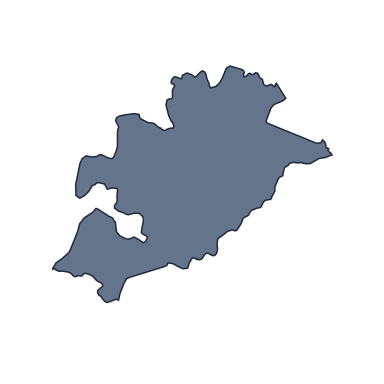 the border of Niger, rotated 293°
{"feature_id": "NGA-2851", "entity_name": "Niger", "entity_type": "State", "adm_level": 1, "iso_a3": "NGA", "parent_name": "Nigeria", "parent_adm1": "", "projection": "mercator", "projection_center": [5.482, 9.777], "detail": "fine", "context": "isolated", "style": "filled", "palette": "slate", "viewbox_px": 384, "rotation_deg": 293, "n_neighbors": 0, "source": "natural_earth", "source_scale": "10m", "svg_char_len": 4494}
<svg xmlns="http://www.w3.org/2000/svg" viewBox="0 0 384 384"><g transform="rotate(293 192 192)"><path d="M70.2,146.5L71.3,146.3L72.4,144.9L72.9,143.6L72.9,139.8L73.6,137.9L75.4,134.2L76.0,132.3L75.9,130.0L75.9,128.3L75.6,126.2L74.9,124.7L74.0,124.2L73.0,124.0L72.1,123.7L71.4,122.9L70.7,120.5L70.4,119.8L69.8,119.1L69.2,118.6L68.6,118.0L68.3,117.1L68.3,115.9L69.9,112.0L70.0,109.9L68.5,103.3L67.8,102.1L67.2,100.7L67.0,99.3L67.0,97.7L67.7,94.9L67.1,94.3L66.5,94.2L67.0,93.7L73.6,94.5L80.0,98.5L88.0,102.2L91.8,102.6L111.4,102.1L118.9,101.0L126.1,102.9L134.8,108.7L139.4,110.1L139.5,111.9L137.2,124.9L137.2,127.7L137.0,128.9L136.5,129.9L134.7,131.8L134.6,133.1L126.2,137.8L123.5,142.5L123.1,147.9L123.4,150.7L124.5,153.2L126.3,154.6L127.9,156.3L127.4,161.6L126.3,167.0L128.1,168.5L132.9,168.8L133.8,166.8L133.9,163.9L134.6,161.4L137.1,160.5L145.5,158.7L147.9,157.9L150.0,156.4L151.8,151.6L149.6,146.7L146.2,142.3L145.8,139.8L146.1,137.3L145.7,131.8L146.9,126.9L149.2,126.1L154.2,126.8L159.0,124.5L164.1,123.0L166.0,121.5L164.4,116.7L161.5,113.0L165.0,108.6L164.8,105.7L164.1,102.7L163.2,100.6L161.3,100.0L160.3,99.4L159.7,98.1L158.8,97.6L157.5,97.6L152.1,96.7L146.9,94.6L142.4,91.1L143.5,86.5L153.4,82.0L174.6,77.7L179.8,77.9L184.0,80.5L185.0,85.9L187.6,90.6L189.9,92.0L191.0,94.5L190.6,100.1L190.7,103.0L191.6,105.5L193.5,106.2L200.7,106.2L205.5,105.3L217.9,100.0L220.3,99.4L222.8,99.2L224.7,97.7L225.4,96.5L227.2,94.5L228.3,93.6L230.8,93.5L233.0,94.9L236.1,99.0L241.6,108.2L242.7,113.1L241.2,113.8L239.8,115.4L239.2,117.2L238.8,123.3L238.9,125.2L240.1,128.8L240.2,129.7L240.1,130.6L239.8,132.2L238.8,134.7L238.6,135.6L238.6,137.6L238.5,138.5L238.0,139.4L237.7,140.8L238.2,143.3L240.5,145.0L242.3,147.2L243.5,149.7L246.0,149.4L247.9,147.3L249.4,144.8L253.1,140.8L261.7,134.2L266.8,133.1L268.6,134.4L269.6,136.6L271.8,137.0L277.1,134.6L279.8,134.1L282.5,134.6L284.1,133.4L283.8,130.5L286.2,129.5L288.7,129.7L291.0,130.6L291.6,132.0L292.0,137.9L293.2,138.2L295.7,137.5L299.6,140.9L299.8,146.7L298.8,149.3L300.4,150.9L305.5,152.8L307.6,154.2L307.5,156.7L305.7,159.0L303.3,160.6L301.0,162.5L299.1,164.8L296.8,166.4L295.1,168.4L298.3,172.6L303.4,174.8L308.7,175.4L319.4,175.2L322.8,177.7L324.2,189.3L324.0,192.0L322.2,193.5L320.0,193.6L318.4,194.9L319.8,196.8L322.5,197.6L324.0,198.9L323.4,200.9L324.4,202.7L326.6,203.8L327.0,206.1L325.4,208.0L324.3,208.9L323.6,210.1L323.4,211.6L323.0,213.0L319.1,215.8L318.5,218.5L319.9,220.7L320.8,221.3L322.1,222.9L321.9,223.9L321.1,226.1L321.6,227.3L323.4,226.7L325.1,227.1L315.0,241.5L314.6,241.7L311.2,239.8L304.5,233.2L300.2,231.9L286.9,232.4L285.2,233.2L284.8,235.3L285.5,287.0L285.9,288.3L287.7,291.4L291.0,291.8L290.0,294.7L287.9,296.7L286.4,297.2L285.3,298.3L285.4,300.0L285.1,301.1L284.1,300.6L283.2,301.3L282.4,303.1L281.9,305.0L280.7,306.3L280.5,305.8L279.4,304.9L279.3,304.5L278.5,304.0L275.7,301.1L273.0,296.6L272.1,295.6L265.0,290.3L264.5,290.0L262.8,286.6L261.9,283.1L261.7,281.0L261.6,280.4L261.3,279.7L260.9,279.7L260.7,279.1L259.6,276.8L259.5,276.2L259.4,274.9L257.6,271.9L256.7,271.0L255.6,270.3L254.1,270.1L251.5,268.3L251.0,267.9L249.7,267.7L246.6,268.3L242.6,269.1L242.0,268.9L239.9,266.9L238.8,266.4L237.7,266.3L229.8,266.3L228.1,266.7L225.8,267.8L224.9,267.9L223.9,267.9L220.7,267.4L216.9,267.5L216.0,267.2L215.6,266.7L214.8,265.4L213.8,264.0L212.8,262.4L212.2,262.3L210.7,261.7L210.1,261.6L206.0,261.5L204.8,261.2L203.9,260.4L203.7,260.0L203.0,258.8L202.4,258.0L201.8,257.3L200.2,256.0L199.3,254.8L198.9,254.4L197.9,253.9L197.0,253.5L195.9,253.3L193.7,253.2L192.8,253.0L191.9,252.6L191.1,251.9L189.7,250.6L189.0,250.0L188.1,249.5L187.1,249.3L182.3,249.6L175.4,248.5L174.4,248.1L173.5,247.5L173.0,246.5L172.9,245.7L173.0,244.9L172.9,244.2L172.6,243.4L171.3,242.1L170.1,240.5L169.1,239.7L165.3,237.9L162.9,236.3L161.6,235.7L161.6,235.3L159.8,234.5L158.8,234.2L157.9,234.2L153.2,235.7L150.0,237.6L147.1,238.4L144.9,238.6L142.9,237.9L141.6,236.5L141.5,234.3L141.8,232.2L141.8,230.3L140.9,228.8L138.9,228.0L135.3,227.4L134.1,227.0L133.1,226.2L132.4,225.2L132.2,223.9L132.2,222.6L131.9,222.7L132.0,221.3L131.8,218.6L131.7,218.1L125.4,217.2L120.2,217.8L117.8,213.8L117.9,208.4L118.6,202.5L117.4,197.6L115.0,197.6L113.8,196.9L112.8,196.0L88.6,167.4L86.6,165.7L81.7,165.1L70.2,165.4L64.0,166.6L63.6,166.6L63.8,165.3L63.6,164.2L62.9,163.3L58.0,158.2L57.0,156.6L57.0,155.2L58.4,151.9L60.2,149.1L60.5,148.2L60.6,146.8L60.8,146.3L61.3,145.7L62.7,144.3L64.1,143.8L65.6,144.1L70.2,146.5Z" fill="#64748b" stroke="#1e293b" stroke-width="1.5"/></g></svg>